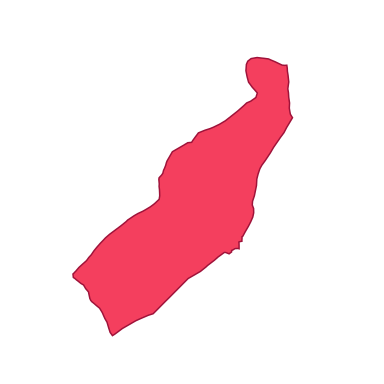 the district of Akure North, Ondo, Nigeria, rotated 240°
{"feature_id": "59680162B82334724733824", "entity_name": "Akure North", "entity_type": "district", "adm_level": 2, "iso_a3": "NGA", "parent_name": "Nigeria", "parent_adm1": "Ondo", "projection": "equal_earth", "projection_center": [5.321, 7.254], "detail": "fine", "context": "isolated", "style": "filled", "palette": "rose", "viewbox_px": 384, "rotation_deg": 240, "n_neighbors": 0, "source": "geoboundaries", "source_scale": "gbopen_adm2", "svg_char_len": 2542}
<svg xmlns="http://www.w3.org/2000/svg" viewBox="0 0 384 384"><g transform="rotate(240 192 192)"><path d="M119.9,193.2L120.3,196.3L121.6,197.1L121.4,198.1L121.4,198.8L121.4,199.5L121.5,200.6L121.3,201.1L121.2,201.6L120.8,202.2L120.5,202.9L120.0,203.7L119.3,204.4L122.1,206.0L124.5,207.3L125.2,207.5L125.3,207.9L125.1,208.6L124.4,210.6L125.3,211.1L126.3,211.8L126.8,212.1L127.1,212.3L127.4,212.4L127.8,212.7L128.3,213.0L128.2,213.6L128.3,213.9L130.4,217.3L131.7,219.5L134.1,223.7L136.8,227.9L139.9,232.1L143.1,235.0L146.9,237.1L150.6,237.7L153.7,239.8L157.5,244.1L165.4,251.1L170.8,254.6L174.5,258.2L178.2,262.4L180.3,265.9L182.5,270.9L186.7,279.4L189.9,285.0L192.6,290.7L195.3,296.4L197.4,301.3L200.6,306.3L203.3,311.2L206.1,316.2L208.6,316.1L210.2,316.1L212.3,316.8L216.0,318.2L220.3,321.0L225.6,323.1L229.8,325.2L233.5,326.6L238.9,330.8L245.2,333.6L248.9,335.0L251.6,336.4L254.4,337.5L255.3,335.6L256.8,333.5L260.0,331.3L263.2,329.1L266.9,326.3L269.0,324.8L271.6,321.4L273.2,319.2L275.9,315.6L278.0,309.9L277.4,305.7L275.3,302.9L270.0,299.3L264.1,297.3L258.8,295.9L252.5,296.6L248.8,297.4L245.1,298.1L241.9,294.6L241.3,288.2L241.8,283.9L240.8,279.7L239.2,271.7L237.0,256.5L237.0,256.3L236.9,249.2L237.0,248.6L237.4,242.8L237.9,239.2L239.0,234.2L239.5,230.7L240.0,227.1L237.9,222.2L236.3,218.6L235.2,216.5L236.8,213.0L236.7,206.6L236.7,200.2L236.7,195.2L231.4,186.0L230.3,184.6L228.2,182.5L226.0,179.7L225.0,178.2L222.8,176.1L221.8,174.0L221.2,171.9L220.7,170.5L219.3,169.5L216.3,168.1L215.4,167.7L213.3,166.3L210.1,164.9L207.4,163.5L204.8,162.1L202.1,159.9L201.1,155.7L200.9,155.1L200.7,153.8L200.5,152.9L200.0,148.6L199.9,143.6L199.9,140.1L200.4,134.4L200.4,130.1L200.0,124.3L199.9,122.3L199.3,120.2L198.2,113.1L197.7,108.9L197.1,103.9L196.6,99.6L195.5,94.0L194.4,90.4L193.4,86.9L191.7,81.9L190.1,77.7L188.0,73.4L186.9,69.9L185.3,66.3L184.3,61.4L183.2,56.4L181.9,52.7L181.5,51.7L181.3,50.7L181.1,50.2L180.8,49.2L180.5,47.9L177.3,46.5L175.7,47.3L173.6,48.0L172.5,48.5L168.3,50.1L165.7,51.6L161.4,51.6L157.2,52.4L156.1,52.0L150.9,50.3L148.7,50.1L146.7,50.5L145.6,51.0L141.3,52.5L137.6,53.9L132.3,54.0L128.9,53.6L126.0,53.3L124.8,53.3L123.3,53.3L121.7,53.3L116.4,52.0L115.5,51.8L111.3,50.9L107.4,51.3L107.5,54.1L108.0,58.4L108.6,63.4L108.6,67.6L108.6,74.0L108.6,76.9L108.6,79.0L108.1,84.0L107.8,86.6L107.1,92.5L106.0,97.5L110.7,114.7L112.0,119.7L119.0,145.4L119.0,159.6L120.1,166.7L120.6,168.8L121.7,177.3L122.7,182.2L123.0,185.2L123.5,189.7L122.8,190.9L120.7,192.6L119.9,193.2Z" fill="#f43f5e" stroke="#9f1239" stroke-width="1.5"/></g></svg>